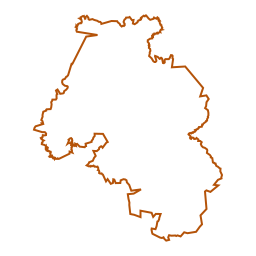 outline of Choix, Sinaloa, Mexico
{"feature_id": "50627088B30969401121850", "entity_name": "Choix", "entity_type": "district", "adm_level": 2, "iso_a3": "MEX", "parent_name": "Mexico", "parent_adm1": "Sinaloa", "projection": "mercator", "projection_center": [-108.281, 26.663], "detail": "fine", "context": "isolated", "style": "outline", "palette": "amber", "viewbox_px": 256, "rotation_deg": 0, "n_neighbors": 0, "source": "geoboundaries", "source_scale": "gbopen_adm2", "svg_char_len": 5713}
<svg xmlns="http://www.w3.org/2000/svg" viewBox="0 0 256 256"><path d="M76.8,31.7L97.5,35.0L86.2,36.6L72.6,63.5L72.3,63.9L72.1,63.6L71.6,63.7L68.1,75.2L67.0,76.5L66.2,76.8L64.9,78.9L63.1,79.5L62.3,80.4L62.1,82.3L62.7,84.0L64.8,85.7L67.4,86.2L67.8,86.9L67.6,87.9L66.3,89.6L64.2,91.1L63.8,92.9L63.1,93.4L60.2,93.8L57.5,89.5L56.0,90.5L57.3,94.1L56.7,94.4L56.5,95.6L56.6,98.5L55.8,99.6L52.4,99.6L52.2,100.7L51.2,102.2L51.6,104.3L51.2,107.4L50.6,109.1L46.6,109.3L46.2,109.7L46.2,110.6L43.3,111.7L42.5,115.1L42.6,116.7L41.3,120.0L42.4,121.0L43.0,123.0L41.9,123.2L42.8,124.1L35.6,126.3L34.6,127.7L34.0,129.7L42.1,132.1L44.4,132.1L45.1,132.3L46.1,133.6L46.0,135.1L44.8,135.4L42.8,135.2L42.6,137.0L40.8,138.0L41.4,139.0L42.0,138.9L42.6,139.9L43.7,140.5L42.7,141.1L42.6,142.1L41.9,142.8L41.8,144.2L44.3,144.9L45.7,145.9L45.9,145.7L46.1,147.2L45.7,147.8L45.8,148.2L46.3,148.6L47.0,148.4L46.9,147.0L47.8,147.6L47.5,148.8L45.9,149.4L46.3,150.1L46.9,149.5L47.0,150.1L48.7,150.9L48.4,151.2L50.5,151.7L50.3,152.2L50.7,152.7L50.2,153.4L50.6,154.4L50.1,156.0L49.6,156.3L50.1,156.6L52.1,155.7L52.3,156.3L51.4,156.9L52.1,156.9L53.0,158.2L53.7,157.9L54.4,159.0L54.6,158.5L54.1,157.8L54.2,157.5L55.2,157.8L55.9,158.9L57.5,158.9L57.8,158.4L58.8,158.9L69.5,153.7L69.6,151.6L72.3,152.6L71.8,151.6L72.0,150.8L71.4,149.6L71.7,149.3L71.4,147.7L72.3,146.6L72.0,145.5L71.1,145.3L71.3,143.9L70.2,143.2L68.5,143.0L67.7,143.6L69.0,140.6L68.5,139.8L69.8,138.6L71.1,138.1L72.0,139.0L72.3,140.8L71.7,141.5L71.9,141.9L71.5,142.1L71.6,142.5L70.8,143.0L71.5,143.7L72.3,142.6L72.5,143.2L71.8,143.8L72.6,145.0L73.1,144.5L74.3,145.8L74.6,145.5L76.0,146.0L75.8,145.0L75.2,144.7L75.2,143.7L76.3,144.3L77.1,143.9L79.7,146.6L84.7,147.2L85.6,146.0L86.0,146.0L85.6,143.7L91.6,141.9L91.7,140.7L92.9,139.3L93.4,137.5L94.7,136.0L94.6,133.7L103.0,133.9L107.7,142.0L106.4,142.6L102.6,147.7L101.5,146.3L100.8,146.4L99.2,147.7L99.0,149.2L96.8,151.1L93.4,150.9L95.7,155.9L94.1,157.8L92.8,160.8L89.1,162.3L88.7,163.6L86.7,165.4L89.0,166.4L89.8,166.1L90.5,166.5L91.0,165.9L91.9,166.3L93.6,165.6L94.4,166.6L94.8,166.4L96.4,166.9L97.5,166.6L98.2,167.9L98.3,169.7L98.0,170.1L98.9,170.4L99.3,171.5L99.1,173.0L100.2,173.6L101.6,173.4L102.3,174.4L102.9,174.6L106.0,181.4L107.6,179.1L110.8,183.8L112.9,183.0L113.3,179.3L114.3,179.6L115.7,183.1L120.3,183.0L120.7,180.3L123.5,179.2L125.3,179.5L126.5,180.3L126.9,182.4L129.2,184.9L131.3,190.7L141.0,189.4L133.7,193.6L127.8,194.2L128.5,198.9L129.4,202.5L129.3,205.1L130.3,214.0L134.2,214.8L140.5,217.1L140.5,210.7L151.6,212.8L153.2,216.9L155.8,213.9L160.6,214.0L159.2,218.1L159.2,219.1L158.2,221.2L157.4,221.5L156.6,226.1L155.5,229.2L151.7,228.5L151.5,229.6L152.1,232.7L152.5,233.8L160.1,237.6L162.0,238.0L163.5,237.3L164.3,238.8L166.2,240.6L169.1,239.9L168.2,237.3L169.1,235.2L171.3,235.7L175.4,235.5L176.2,236.0L177.5,235.4L180.6,236.4L184.2,232.3L187.5,233.2L196.1,231.8L199.8,226.7L202.0,224.3L200.5,215.4L206.5,209.0L205.0,191.5L206.4,190.4L210.4,191.9L218.3,185.4L214.0,184.8L218.0,179.8L221.5,178.4L221.3,177.5L222.0,175.0L220.3,171.3L220.5,168.6L219.8,168.4L218.0,166.8L216.2,165.8L215.6,163.7L215.1,163.8L214.5,162.9L213.5,162.9L212.9,162.3L212.3,158.1L210.8,157.4L211.0,156.6L209.9,155.0L206.9,152.9L207.3,150.3L207.0,149.4L204.8,147.8L203.0,147.3L201.6,145.9L200.8,144.0L201.7,142.2L200.2,141.0L198.2,141.0L198.4,139.5L196.5,138.0L195.9,138.8L194.6,139.0L193.9,138.8L193.5,137.8L191.9,137.5L191.1,138.9L190.4,138.6L190.0,137.9L190.6,136.9L190.4,136.1L188.5,134.4L188.8,133.7L189.5,133.2L189.8,133.4L190.9,132.9L191.3,133.2L191.5,132.8L192.4,132.9L192.6,132.5L193.0,132.8L194.2,131.6L194.7,131.8L195.2,131.5L195.6,130.6L195.3,130.1L196.1,130.1L196.1,129.6L196.8,129.2L197.8,129.1L198.2,128.2L198.7,128.1L198.9,127.1L201.8,126.7L202.1,124.8L202.6,125.0L203.4,123.6L206.4,121.3L206.2,120.9L207.1,120.3L207.1,119.1L208.1,117.4L207.8,116.7L208.4,115.5L208.4,112.8L207.9,110.2L205.1,108.1L206.1,106.2L206.5,102.2L208.7,99.0L206.4,95.4L200.2,96.4L203.1,87.9L185.2,66.5L171.9,67.3L173.1,59.0L172.5,58.3L172.6,55.9L172.2,55.3L171.0,55.1L169.5,58.4L168.8,59.1L165.4,59.1L164.6,60.0L164.7,62.5L163.8,63.2L163.0,63.0L162.1,58.7L161.4,57.8L160.9,57.8L160.5,58.5L159.7,58.9L157.7,56.9L155.1,55.9L155.0,56.3L156.4,60.5L156.2,61.3L155.4,62.0L154.5,62.0L153.3,61.2L151.6,58.3L149.1,56.0L149.8,53.4L149.7,52.3L150.4,50.9L150.1,48.9L148.9,47.9L149.0,46.7L149.4,46.2L148.8,45.6L149.3,45.0L148.9,44.7L149.0,43.4L147.7,41.8L147.8,40.2L150.1,38.7L152.2,38.4L152.1,36.3L153.0,36.7L152.9,34.5L154.2,34.5L154.2,33.7L154.7,33.7L155.1,32.9L155.0,33.5L155.8,33.8L156.8,33.0L157.4,33.6L157.9,33.5L157.9,32.7L158.5,32.8L159.8,32.2L159.9,31.8L160.3,32.0L160.1,31.2L160.7,29.9L162.0,29.6L161.4,29.3L161.9,28.9L161.9,28.1L162.3,27.8L161.4,25.9L161.4,25.2L160.5,24.8L160.6,24.3L159.9,23.6L159.7,22.0L158.6,20.7L158.5,20.1L159.3,20.2L158.6,19.3L158.6,18.4L157.4,17.4L156.6,18.7L155.6,18.2L154.6,18.3L154.0,17.6L153.2,18.9L150.2,19.8L148.6,18.5L146.1,15.4L145.7,15.4L144.8,16.3L143.7,15.7L141.5,17.4L141.6,17.8L140.9,18.0L141.0,19.2L140.4,19.3L140.4,19.9L138.5,20.4L138.4,20.8L137.7,21.2L137.5,22.3L134.7,24.2L132.9,23.5L133.5,20.0L132.0,20.2L129.6,17.0L128.6,17.5L126.1,17.6L125.6,18.7L124.5,19.6L123.6,21.8L123.8,22.7L124.6,23.6L124.7,25.2L123.9,26.0L123.2,25.6L121.7,26.5L120.3,25.2L119.7,23.8L117.9,22.4L117.2,21.2L111.5,21.0L101.4,23.9L101.3,23.1L100.3,21.9L98.8,21.8L97.3,20.8L94.1,19.9L92.5,19.1L89.4,19.8L88.6,19.3L88.3,17.6L86.9,15.9L85.5,17.2L85.4,18.6L85.1,18.8L83.9,16.0L83.4,16.3L82.8,16.1L80.7,17.3L80.9,18.2L79.6,18.5L81.3,19.6L81.8,21.6L81.6,22.7L80.9,23.3L80.4,23.0L78.2,23.9L78.0,24.8L77.0,25.4L77.2,26.6L76.9,26.7L76.3,25.8L76.2,26.6L75.8,27.0L76.2,27.2L77.0,28.9L76.3,30.1L76.8,31.7Z" fill="none" stroke="#b45309" stroke-width="2"/></svg>